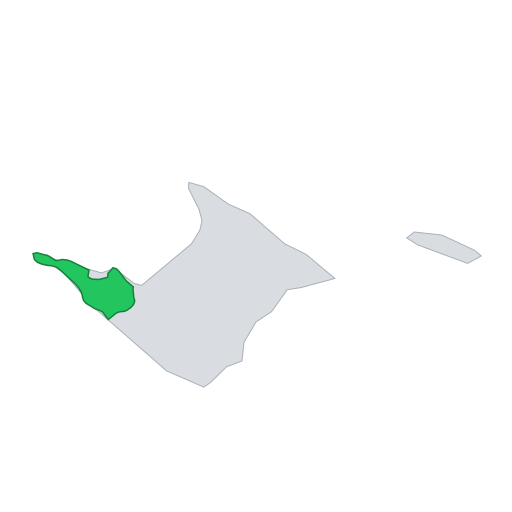 Siparia on a map of Trinidad and Tobago (orthographic projection), rotated 43°
{"feature_id": "TTO-52", "entity_name": "Siparia", "entity_type": "Region", "adm_level": 1, "iso_a3": "TTO", "parent_name": "Trinidad and Tobago", "parent_adm1": "", "projection": "orthographic", "projection_center": [-61.668, 10.145], "detail": "fine", "context": "in_parent", "style": "filled", "palette": "green", "viewbox_px": 512, "rotation_deg": 43, "n_neighbors": 0, "source": "natural_earth", "source_scale": "10m", "svg_char_len": 1429}
<svg xmlns="http://www.w3.org/2000/svg" viewBox="0 0 512 512"><g transform="rotate(43 256 256)"><path d="M307.2,387.5L269.0,401.0L169.5,404.3L128.3,399.4L96.6,403.2L154.3,373.9L161.0,361.6L185.5,359.2L192.4,355.5L200.5,290.9L197.3,275.4L192.5,267.0L182.6,260.8L160.4,252.5L156.7,248.0L170.6,240.9L200.5,236.9L222.7,229.2L268.9,227.5L291.2,220.7L329.0,218.6L310.5,248.3L301.8,259.4L305.3,286.1L301.0,304.3L306.0,327.2L317.3,342.3L310.0,357.1L309.0,379.5L307.2,387.5ZM366.7,137.6L353.9,140.0L355.4,130.5L377.7,113.9L411.9,102.8L420.7,102.3L415.8,117.1L366.7,137.6Z" fill="#d9dde1" stroke="#a8b0b8" stroke-width="1"/><path d="M159.5,369.5L159.6,369.4L159.4,362.2L162.4,360.6L165.9,360.6L178.1,362.7L187.4,362.3L188.4,363.9L194.8,369.6L197.8,371.4L199.0,373.6L199.6,375.4L199.5,379.5L198.6,383.8L197.5,386.2L194.5,389.6L193.3,391.7L192.5,394.3L191.3,403.2L181.9,401.6L179.7,402.1L173.0,404.8L170.4,405.1L165.7,406.2L163.3,406.5L160.0,406.0L157.7,404.7L155.5,403.1L152.8,401.6L148.4,400.3L143.6,399.7L123.2,399.7L117.6,400.3L113.3,402.4L109.9,405.1L105.3,407.8L100.5,409.7L96.4,409.7L91.3,406.3L93.6,403.0L101.2,399.0L102.3,398.1L104.9,397.3L112.6,395.9L114.1,394.4L116.6,390.8L120.2,388.0L124.2,386.1L142.3,380.6L143.4,380.1L144.2,381.2L147.1,385.7L149.3,385.5L152.0,384.6L157.0,380.4L158.4,378.4L159.4,376.8L161.5,373.8L161.8,372.5L161.1,371.4L159.9,370.1L159.5,369.5Z" fill="#22c55e" stroke="#15803d" stroke-width="1.5"/></g></svg>